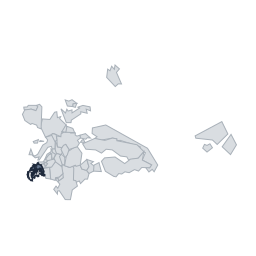 Greece on a map of Europe (Mercator projection), rotated 83°
{"feature_id": "GRC", "entity_name": "Greece", "entity_type": "country or territory", "adm_level": 0, "iso_a3": "GRC", "parent_name": "Europe", "parent_adm1": "", "projection": "mercator", "projection_center": [23.941, 38.339], "detail": "fine", "context": "in_parent", "style": "filled", "palette": "slate", "viewbox_px": 256, "rotation_deg": 83, "n_neighbors": 37, "source": "natural_earth", "source_scale": "50m", "svg_char_len": 12678}
<svg xmlns="http://www.w3.org/2000/svg" viewBox="0 0 256 256"><g transform="rotate(83 128 128)"><path d="M133.1,34.1L146.1,29.6L155.2,41.5L150.2,45.6L146.4,61.9L144.0,62.3L133.1,34.1ZM174.2,112.6L169.2,115.4L170.1,111.4L167.5,109.1L161.6,117.7L154.6,113.7L151.9,119.0L148.1,118.1L139.3,137.2L139.3,140.6L137.4,140.5L136.1,144.7L136.8,157.3L134.3,162.2L132.9,159.8L129.0,164.3L123.6,163.3L122.3,149.7L150.5,111.1L168.4,103.0L174.6,107.4L172.0,109.0L174.2,112.6ZM166.9,29.5L158.1,36.8L146.9,26.5L157.9,22.4L166.9,29.5ZM161.5,52.5L157.1,56.3L153.6,54.1L154.9,51.7L153.7,48.6L157.9,46.6L161.5,52.5Z" fill="#d9dde1" stroke="#a8b0b8" stroke-width="1"/><path d="M117.3,189.1L128.5,195.7L124.4,202.5L127.1,211.0L116.0,214.7L108.6,211.8L110.0,204.5L103.4,198.9L103.2,196.7L109.1,196.8L108.5,193.4L110.4,194.7L117.3,189.1ZM129.8,216.8L131.0,212.9L130.7,217.3L129.8,216.8Z" fill="#d9dde1" stroke="#a8b0b8" stroke-width="1"/><path d="M134.3,162.2L137.5,152.5L136.1,144.7L137.4,140.5L139.3,140.6L145.7,121.1L153.4,115.1L159.2,121.5L159.9,131.3L156.5,132.7L154.9,138.9L147.8,146.3L146.4,152.3L149.7,157.4L145.8,162.8L143.9,172.4L138.1,175.0L134.3,162.2Z" fill="#d9dde1" stroke="#a8b0b8" stroke-width="1"/><path d="M168.4,172.2L173.8,174.4L173.5,177.0L177.4,181.9L174.6,182.8L175.6,186.0L173.1,188.5L159.1,187.7L159.1,180.0L163.1,178.8L165.1,174.2L168.4,172.2Z" fill="#d9dde1" stroke="#a8b0b8" stroke-width="1"/><path d="M182.0,205.6L185.0,206.1L179.8,209.2L176.9,206.5L179.2,205.0L175.4,202.5L169.4,206.6L169.8,203.3L172.1,203.4L169.4,198.4L161.8,199.5L156.3,197.5L159.9,191.3L159.1,187.7L161.2,186.7L173.1,188.5L173.9,186.2L179.5,185.3L182.7,190.9L192.1,193.9L191.4,199.0L181.9,203.8L182.0,205.6Z" fill="#d9dde1" stroke="#a8b0b8" stroke-width="1"/><path d="M159.1,180.0L159.7,184.1L158.5,184.8L160.1,190.5L157.7,195.6L144.5,191.4L140.3,183.1L140.4,180.6L147.4,176.8L159.1,180.0Z" fill="#d9dde1" stroke="#a8b0b8" stroke-width="1"/><path d="M146.1,198.4L144.2,202.6L141.5,203.3L131.2,201.4L138.1,200.3L139.4,196.1L145.2,196.4L146.1,198.4Z" fill="#d9dde1" stroke="#a8b0b8" stroke-width="1"/><path d="M156.3,197.5L157.5,199.1L154.2,203.7L149.1,205.3L144.6,202.1L146.1,198.4L156.3,197.5Z" fill="#d9dde1" stroke="#a8b0b8" stroke-width="1"/><path d="M165.3,198.1L169.4,198.4L172.1,203.4L169.8,203.3L168.5,206.0L168.3,202.2L165.3,198.1Z" fill="#d9dde1" stroke="#a8b0b8" stroke-width="1"/><path d="M168.5,206.0L171.2,206.6L169.2,211.0L158.0,210.7L152.6,204.2L158.4,198.4L165.3,198.1L168.3,202.2L168.5,206.0Z" fill="#d9dde1" stroke="#a8b0b8" stroke-width="1"/><path d="M165.1,174.2L163.1,178.8L159.1,180.0L154.2,172.7L161.8,171.5L165.1,174.2Z" fill="#d9dde1" stroke="#a8b0b8" stroke-width="1"/><path d="M166.6,167.4L168.4,172.2L165.1,174.2L161.8,171.5L154.2,172.7L157.2,166.4L158.7,169.2L162.4,165.6L166.6,167.4Z" fill="#d9dde1" stroke="#a8b0b8" stroke-width="1"/><path d="M168.0,159.8L166.6,167.4L160.7,166.3L158.8,161.0L168.0,159.8Z" fill="#d9dde1" stroke="#a8b0b8" stroke-width="1"/><path d="M140.4,180.6L142.2,189.2L136.7,191.8L139.4,196.1L138.1,200.3L127.2,199.9L128.5,195.7L125.6,195.1L124.4,192.3L124.3,186.8L126.0,185.6L126.5,180.8L128.5,181.3L129.8,179.7L129.3,176.4L132.1,176.4L134.1,179.7L137.2,178.1L140.4,180.6Z" fill="#d9dde1" stroke="#a8b0b8" stroke-width="1"/><path d="M157.4,209.5L158.0,210.7L169.2,211.0L168.0,215.6L158.0,217.4L157.4,209.5Z" fill="#d9dde1" stroke="#a8b0b8" stroke-width="1"/><path d="M154.2,218.7L152.4,221.9L150.9,220.3L151.6,213.8L154.2,218.7Z" fill="#d9dde1" stroke="#a8b0b8" stroke-width="1"/><path d="M145.3,203.1L150.9,206.7L143.7,207.9L149.0,214.4L144.2,211.6L142.0,207.2L139.5,207.0L145.3,203.1Z" fill="#d9dde1" stroke="#a8b0b8" stroke-width="1"/><path d="M131.4,200.1L133.0,203.2L126.8,205.2L124.3,203.8L125.7,200.1L131.4,200.1Z" fill="#d9dde1" stroke="#a8b0b8" stroke-width="1"/><path d="M123.8,192.4L124.6,194.3L123.6,194.1L123.8,192.4Z" fill="#d9dde1" stroke="#a8b0b8" stroke-width="1"/><path d="M124.6,190.2L123.6,194.1L117.3,189.1L122.2,188.0L124.6,190.2Z" fill="#d9dde1" stroke="#a8b0b8" stroke-width="1"/><path d="M126.1,181.5L124.6,190.2L118.9,188.4L121.7,182.8L126.1,181.5Z" fill="#d9dde1" stroke="#a8b0b8" stroke-width="1"/><path d="M94.4,216.0L95.9,214.9L99.6,217.3L97.4,221.9L98.4,225.8L96.7,228.9L94.6,228.9L94.8,225.4L93.4,224.2L94.4,216.0Z" fill="#d9dde1" stroke="#a8b0b8" stroke-width="1"/><path d="M97.5,228.3L97.4,221.9L99.6,217.3L95.9,214.9L94.4,216.0L93.7,212.9L96.5,210.9L118.3,214.4L116.5,217.7L114.0,218.3L111.8,222.7L112.6,224.2L108.1,229.4L101.6,231.1L97.5,228.3Z" fill="#d9dde1" stroke="#a8b0b8" stroke-width="1"/><path d="M100.0,180.2L98.8,185.5L92.5,186.9L94.1,183.5L93.1,180.1L97.3,175.8L97.3,179.5L100.0,180.2Z" fill="#d9dde1" stroke="#a8b0b8" stroke-width="1"/><path d="M133.1,202.0L139.8,203.1L140.1,205.7L136.9,206.3L137.4,209.9L148.9,220.0L148.7,221.4L145.9,219.8L146.3,223.7L143.5,226.3L144.4,223.6L143.0,220.8L134.6,214.7L132.6,210.4L130.0,209.2L127.1,211.0L126.0,204.6L133.1,202.0ZM137.1,227.0L143.2,225.5L142.4,229.5L137.1,227.0ZM128.6,218.4L131.9,219.6L131.6,223.0L129.9,223.7L128.6,218.4Z" fill="#d9dde1" stroke="#a8b0b8" stroke-width="1"/><path d="M132.1,176.4L129.3,176.4L128.4,170.9L133.4,166.5L132.7,169.6L134.0,171.2L132.1,176.4ZM137.0,172.4L136.4,177.0L134.3,175.0L134.0,173.6L137.0,172.4Z" fill="#d9dde1" stroke="#a8b0b8" stroke-width="1"/><path d="M100.0,180.2L97.3,179.5L97.3,175.8L101.1,177.8L100.0,180.2ZM106.2,181.7L102.3,173.6L101.2,175.2L100.1,170.0L102.4,163.1L106.4,163.1L104.2,167.2L108.4,166.7L106.1,172.9L108.2,173.1L113.3,183.3L115.7,183.9L115.2,188.6L100.8,192.2L105.5,188.2L101.9,186.4L103.9,185.4L103.2,181.4L106.2,181.7Z" fill="#d9dde1" stroke="#a8b0b8" stroke-width="1"/><path d="M83.5,129.1L83.0,132.3L85.3,135.6L75.2,143.0L67.1,141.0L69.0,138.9L64.7,136.7L68.1,134.4L63.9,133.2L68.3,129.3L71.4,132.7L83.5,129.1Z" fill="#d9dde1" stroke="#a8b0b8" stroke-width="1"/><path d="M139.8,203.1L144.6,202.1L145.3,203.1L142.8,206.1L139.6,206.0L139.8,203.1Z" fill="#d9dde1" stroke="#a8b0b8" stroke-width="1"/><path d="M170.1,111.4L168.9,119.2L172.0,122.8L170.1,126.6L172.5,132.3L171.1,136.4L172.9,139.8L172.1,142.8L175.0,145.8L174.3,148.0L168.2,155.7L157.8,158.4L154.8,154.9L155.2,144.4L162.9,135.6L159.2,129.4L159.2,121.5L153.4,115.1L161.6,117.7L167.5,109.1L170.1,111.4Z" fill="#d9dde1" stroke="#a8b0b8" stroke-width="1"/><path d="M157.2,195.5L155.9,197.8L147.9,199.5L145.9,197.3L149.3,194.2L157.2,195.5Z" fill="#d9dde1" stroke="#a8b0b8" stroke-width="1"/><path d="M142.2,189.2L147.3,191.5L149.8,194.2L140.9,197.1L137.3,194.1L136.7,191.8L142.2,189.2Z" fill="#d9dde1" stroke="#a8b0b8" stroke-width="1"/><path d="M149.3,213.9L145.1,210.1L144.1,206.8L150.9,207.8L151.0,211.4L149.3,213.9Z" fill="#d9dde1" stroke="#a8b0b8" stroke-width="1"/><path d="M156.9,214.8L158.0,217.4L153.3,218.1L153.6,215.5L156.9,214.8Z" fill="#d9dde1" stroke="#a8b0b8" stroke-width="1"/><path d="M149.8,204.8L152.6,204.2L157.5,208.6L157.2,214.4L155.3,215.0L153.8,212.2L152.6,213.5L150.6,211.5L149.8,204.8Z" fill="#d9dde1" stroke="#a8b0b8" stroke-width="1"/><path d="M152.3,214.1L150.9,216.0L149.0,214.4L150.6,211.5L152.3,214.1Z" fill="#d9dde1" stroke="#a8b0b8" stroke-width="1"/><path d="M153.3,216.0L152.3,214.1L153.4,212.4L155.7,213.8L153.3,216.0Z" fill="#d9dde1" stroke="#a8b0b8" stroke-width="1"/><path d="M164.5,216.3L165.2,216.7L165.3,217.2L165.3,217.4L164.7,217.7L164.8,218.3L164.3,219.0L164.1,219.0L163.8,218.7L162.6,218.5L162.3,218.3L161.7,218.7L161.0,218.4L160.3,219.0L159.6,219.0L159.8,219.5L159.8,219.8L160.1,219.8L160.5,220.1L160.8,220.5L160.4,220.2L159.9,220.0L159.5,220.1L160.0,220.6L160.1,220.8L160.0,221.0L159.8,220.9L159.4,220.3L158.9,220.2L158.9,220.3L159.0,220.6L159.4,221.0L158.9,220.9L158.8,220.7L158.7,220.4L157.9,219.9L157.8,219.6L157.9,219.4L157.4,219.6L157.4,220.0L157.2,220.6L157.3,220.8L157.8,221.4L158.1,222.0L158.6,222.6L158.8,223.0L158.4,223.2L158.4,222.8L158.1,222.6L157.9,222.7L157.8,222.8L157.9,223.1L158.0,223.4L157.7,223.7L157.2,223.8L158.1,224.2L158.4,224.3L158.6,224.4L158.8,224.7L159.2,224.8L159.5,225.1L160.0,225.3L160.1,225.7L160.2,226.8L159.3,226.0L159.1,225.9L158.5,226.1L158.2,226.3L158.4,226.6L158.5,227.0L158.9,227.1L159.1,227.4L158.4,227.7L158.3,227.4L158.1,227.3L157.7,227.1L157.6,227.6L157.8,227.8L158.2,228.9L158.2,229.4L158.4,229.9L158.1,229.7L157.7,229.1L157.3,229.1L157.1,229.6L157.1,229.9L156.9,229.8L156.9,229.3L156.3,228.5L156.0,228.6L156.0,229.0L155.9,229.2L155.6,228.9L155.3,228.3L155.3,228.0L155.5,227.8L155.5,227.6L155.3,227.2L154.8,226.9L154.7,226.6L154.4,226.3L154.7,226.0L154.9,225.5L155.4,225.6L155.8,225.2L156.0,225.2L157.9,226.1L157.9,225.9L158.3,225.8L158.5,225.7L158.3,225.5L157.8,225.4L156.9,224.9L156.7,225.1L156.0,225.0L155.1,225.2L154.8,224.8L154.7,225.1L154.3,225.1L154.1,224.4L153.9,224.1L153.7,224.0L153.7,223.8L153.7,223.7L153.9,223.6L154.3,223.8L154.4,223.7L154.4,223.4L153.7,223.5L153.1,222.8L152.7,222.7L152.5,222.1L152.1,221.7L152.4,221.8L152.6,221.7L152.7,221.4L152.9,221.4L152.7,221.0L152.9,220.8L153.4,220.6L153.7,219.8L154.0,219.6L154.2,219.3L154.0,218.9L154.0,218.7L154.8,218.6L155.3,218.6L155.7,218.4L156.1,218.0L156.5,217.9L157.1,218.0L157.6,217.8L157.7,217.4L158.4,217.4L158.6,217.3L159.4,217.3L160.1,217.1L160.2,216.9L161.1,216.8L161.3,217.1L161.6,217.4L161.8,217.3L162.1,217.3L162.6,217.7L163.6,217.4L163.9,217.5L164.3,217.3L164.4,216.9L164.2,216.5L164.2,216.4L164.5,216.3ZM159.7,232.1L160.1,232.2L160.3,232.0L160.5,232.2L160.3,232.3L160.6,232.3L160.6,232.5L160.8,232.6L161.5,232.4L162.1,232.5L162.3,232.6L163.0,232.7L163.5,232.6L163.6,233.1L164.1,232.9L164.4,232.9L164.7,232.7L164.6,233.4L164.4,233.4L163.7,233.4L161.7,233.6L161.5,233.2L161.0,233.1L159.3,232.8L159.2,232.4L159.2,232.2L159.3,232.1L159.6,231.9L159.7,232.1ZM158.7,223.4L159.1,224.0L159.8,224.3L160.3,224.4L160.5,224.7L160.5,224.9L160.6,225.5L160.8,225.6L161.2,225.7L161.2,226.0L160.8,226.0L160.5,225.7L160.2,225.0L159.6,225.0L159.4,224.9L159.3,224.6L158.6,224.0L158.2,223.8L157.8,223.8L158.6,223.4L158.7,223.4ZM164.9,222.6L164.8,222.8L165.2,223.2L165.2,223.4L165.2,223.5L164.8,223.6L164.4,223.4L164.6,223.0L164.4,223.0L164.2,223.2L163.9,223.1L163.9,222.8L164.2,222.7L164.4,222.6L164.8,222.5L164.9,222.6ZM167.7,231.2L167.6,230.8L167.5,230.6L167.9,230.2L168.5,229.9L168.3,230.5L168.2,230.7L168.2,230.9L167.7,231.2ZM164.4,225.3L164.1,225.6L163.9,225.4L164.1,225.1L163.8,224.7L164.1,224.5L164.4,224.7L164.4,225.3ZM153.3,224.8L153.4,225.4L153.5,225.4L153.7,225.7L153.6,225.9L153.3,225.7L153.2,225.8L153.0,225.4L152.8,225.6L152.9,225.2L153.2,225.2L153.3,224.8ZM152.3,222.4L152.3,222.5L151.9,222.3L151.4,221.5L151.8,221.4L152.0,221.5L151.8,221.8L152.0,222.3L152.3,222.4ZM163.0,220.8L162.8,221.4L162.6,221.4L162.6,221.2L162.4,221.4L162.2,221.3L162.2,220.9L162.5,220.9L162.6,221.0L163.0,220.8ZM165.7,226.5L166.1,226.6L166.2,226.8L165.7,226.9L165.2,226.7L165.3,226.6L165.7,226.5ZM161.6,219.3L161.4,219.4L161.1,219.2L161.3,218.8L161.5,218.9L161.7,219.1L161.6,219.3ZM153.9,226.5L154.1,226.8L153.9,226.7L153.8,226.9L153.4,226.4L153.5,226.2L153.6,226.4L153.9,226.5ZM163.2,228.6L162.8,228.4L163.1,228.1L163.2,228.6ZM162.1,226.6L162.0,226.8L161.5,226.3L161.5,226.1L161.8,226.3L162.0,226.3L162.1,226.6ZM166.5,232.3L166.3,232.5L166.2,232.0L166.4,231.7L166.5,231.5L166.4,231.9L166.5,232.3ZM153.6,224.4L153.2,224.6L153.3,224.1L153.5,223.9L153.6,224.4ZM158.3,230.4L158.2,230.7L157.9,230.5L157.9,230.2L158.0,230.1L158.3,230.4ZM166.8,228.9L165.9,229.2L166.0,229.1L166.5,228.8L166.8,228.9ZM164.5,227.1L164.0,227.2L164.8,226.9L164.5,227.1ZM162.6,228.4L162.5,228.6L162.3,228.5L162.4,228.3L162.5,228.2L162.6,228.4ZM162.6,227.0L162.4,227.2L162.1,226.8L162.6,227.0ZM161.4,224.0L161.2,224.0L161.2,223.9L161.1,223.5L161.2,223.8L161.4,224.0ZM163.4,219.8L163.2,219.9L163.0,219.7L163.4,219.8ZM161.2,229.1L161.1,229.3L160.7,229.4L160.8,229.2L160.9,229.3L161.2,229.1ZM163.8,229.1L163.6,229.1L164.1,228.7L164.2,228.8L163.8,229.1ZM160.9,226.9L160.7,227.2L160.7,226.8L160.8,226.8L160.9,226.9ZM162.9,227.5L162.7,227.5L162.7,227.3L163.0,227.4L162.9,227.5ZM165.0,229.6L164.7,229.8L164.6,229.7L164.8,229.5L164.8,229.4L165.0,229.6ZM166.1,228.6L165.9,228.7L165.8,228.3L166.1,228.5L166.1,228.6ZM161.0,227.5L160.8,227.8L160.9,227.6L160.9,227.4L161.0,227.5ZM153.6,225.2L153.4,224.8L153.5,224.9L153.6,225.2ZM162.9,229.2L162.8,229.4L162.6,229.1L162.9,229.2ZM159.7,223.2L159.6,223.3L159.4,223.2L159.7,223.2ZM159.2,226.2L159.0,226.3L158.9,226.2L159.1,226.1L159.2,226.2ZM161.1,228.2L160.9,228.2L161.0,228.1L161.1,228.2ZM163.0,230.0L162.9,230.2L162.9,229.8L163.0,230.0ZM161.5,228.7L161.4,228.6L161.5,228.5L161.5,228.7ZM167.8,229.4L167.7,229.7L167.8,229.4ZM160.0,222.8L159.8,223.1L159.9,222.9L160.0,222.8ZM162.0,227.3L162.0,227.6L161.9,227.6L161.9,227.3L162.0,227.3Z" fill="#64748b" stroke="#1e293b" stroke-width="1.5"/></g></svg>